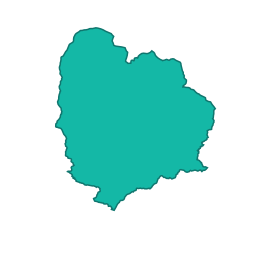 the district of San Jerónimo, Antioquia, Colombia, rotated 292°
{"feature_id": "7082276B34132684574045", "entity_name": "San Jerónimo", "entity_type": "district", "adm_level": 2, "iso_a3": "COL", "parent_name": "Colombia", "parent_adm1": "Antioquia", "projection": "mercator", "projection_center": [-75.715, 6.435], "detail": "fine", "context": "isolated", "style": "filled", "palette": "teal", "viewbox_px": 256, "rotation_deg": 292, "n_neighbors": 0, "source": "geoboundaries", "source_scale": "gbopen_adm2", "svg_char_len": 5791}
<svg xmlns="http://www.w3.org/2000/svg" viewBox="0 0 256 256"><g transform="rotate(292 128 128)"><path d="M46.5,146.0L50.1,146.5L53.1,146.7L54.5,147.1L55.8,147.8L57.3,147.9L58.0,148.2L58.7,149.7L59.2,150.3L60.0,150.9L61.1,151.1L62.3,150.9L63.1,151.0L63.8,151.3L65.2,151.6L65.9,152.0L66.8,152.9L67.9,154.2L70.2,155.5L70.6,155.9L70.6,156.8L72.3,157.4L72.8,158.4L73.1,158.7L73.8,158.8L75.0,158.5L75.5,158.8L75.8,160.4L76.9,162.0L77.0,163.5L78.0,165.2L77.9,166.2L78.6,168.1L80.1,170.2L79.8,170.9L80.0,171.3L81.8,172.1L83.5,172.4L85.5,173.1L86.4,173.7L87.1,174.6L87.7,175.0L88.4,175.1L91.0,174.9L92.3,174.9L93.0,175.5L95.0,175.8L96.1,176.5L96.5,177.6L95.6,179.7L96.1,180.7L96.0,181.2L95.8,181.8L95.8,183.1L96.2,183.6L96.3,184.5L96.5,184.9L97.4,185.1L97.7,185.4L97.2,187.8L99.7,190.4L101.4,190.4L102.8,190.1L103.0,190.2L104.1,191.2L105.3,190.9L105.9,191.2L106.2,191.5L107.3,191.8L108.2,191.6L108.9,192.1L109.3,192.8L109.3,193.9L109.6,194.6L109.7,195.9L109.0,197.4L109.0,198.7L109.3,199.6L110.5,201.1L111.1,201.2L112.1,201.8L112.1,202.1L111.9,202.5L111.9,202.9L113.2,204.8L113.6,205.2L114.0,205.8L114.2,206.7L114.2,208.7L114.7,209.4L115.5,209.9L115.9,210.6L116.2,211.2L116.1,211.6L115.6,212.1L115.3,212.8L116.9,213.5L117.4,214.7L117.7,215.1L119.1,215.9L120.9,216.5L121.0,214.7L120.9,214.0L120.4,213.3L120.4,211.9L121.3,211.2L122.0,210.3L123.3,209.2L123.1,208.8L123.8,208.1L123.9,207.4L124.5,206.5L124.6,204.4L124.9,204.2L124.7,203.8L125.4,203.7L125.5,203.9L127.1,203.2L128.3,203.3L129.2,202.8L130.3,202.5L131.3,203.0L131.7,202.6L132.1,202.7L132.8,202.4L132.9,202.2L132.7,201.9L132.8,201.5L133.7,201.7L133.8,201.6L134.2,201.7L134.0,201.3L134.4,201.5L135.3,201.6L136.0,202.4L136.3,202.6L137.5,202.3L137.9,202.1L138.1,202.4L138.7,202.8L138.5,203.3L139.0,203.4L139.6,204.1L140.7,204.4L140.7,203.3L141.0,202.4L141.7,202.4L142.3,201.8L142.8,202.4L143.6,202.9L144.4,203.7L144.9,203.8L146.2,205.0L147.1,205.4L147.9,205.0L148.7,205.3L149.3,205.8L149.6,205.4L150.5,204.7L151.2,203.8L153.7,203.5L155.1,202.5L156.5,203.6L157.2,204.4L157.5,205.4L158.1,206.0L159.3,205.6L159.8,205.6L160.4,205.3L162.5,205.7L163.9,205.3L165.6,205.5L165.9,205.2L166.8,205.1L167.2,204.9L167.8,204.0L168.4,203.0L169.1,203.3L172.2,202.4L173.1,202.3L176.3,201.0L177.6,201.2L178.6,201.7L179.8,199.9L181.4,197.0L183.1,194.8L183.1,194.6L182.7,192.4L182.9,190.3L183.0,189.9L183.6,189.3L185.0,188.5L185.2,187.6L185.5,182.7L186.1,181.1L186.0,179.4L186.7,177.2L187.9,174.8L187.9,173.8L187.5,172.0L187.6,171.5L188.2,170.5L188.2,170.2L188.2,169.0L187.3,166.3L187.1,164.4L186.6,163.6L187.3,163.4L187.9,163.4L190.1,164.7L191.1,165.0L193.4,164.6L194.4,164.1L195.1,162.0L195.7,161.2L196.0,160.9L197.4,160.7L198.0,160.1L198.7,159.0L200.3,158.4L201.4,157.0L206.2,153.6L207.5,152.9L208.2,152.2L208.5,151.8L208.7,146.9L209.2,144.9L209.0,143.7L207.9,141.9L206.4,141.0L206.1,140.7L206.1,138.2L205.7,137.6L204.7,136.6L203.4,134.7L203.6,134.2L203.6,132.3L204.1,129.7L204.8,127.8L205.6,126.2L207.3,124.6L208.0,123.2L208.1,122.1L208.5,121.2L206.4,120.3L204.7,118.8L204.0,117.6L203.6,116.0L203.1,114.2L202.1,112.7L200.1,111.4L198.5,110.7L196.5,110.7L196.4,109.5L195.3,108.0L194.5,107.9L192.8,108.4L192.5,108.1L192.5,106.6L191.9,105.8L191.0,105.8L189.1,106.3L187.9,103.7L188.3,102.8L188.8,100.9L190.2,100.4L191.9,100.4L194.8,100.1L198.1,99.3L198.8,97.6L201.3,95.2L200.8,91.9L199.3,85.8L199.3,83.9L201.3,82.3L202.7,80.7L205.0,80.4L207.6,80.4L208.2,78.8L209.2,77.1L209.3,71.2L209.7,68.1L209.7,65.7L209.3,62.5L208.8,60.6L206.8,57.7L206.6,57.0L205.9,55.5L205.4,54.8L204.7,54.3L203.3,52.3L202.5,50.6L201.3,49.0L200.5,47.3L199.0,46.6L196.3,44.6L195.1,44.1L191.9,43.8L190.1,44.2L188.3,44.9L187.5,44.9L186.4,44.4L183.9,42.5L183.2,42.3L177.4,42.3L175.4,41.6L171.3,41.1L170.4,40.9L168.9,39.6L168.4,39.5L167.9,39.6L166.2,40.3L164.4,40.7L163.1,40.8L161.3,41.4L158.7,41.6L156.9,42.5L155.3,44.0L152.7,44.7L151.9,46.1L150.2,48.1L149.9,48.1L148.7,48.0L148.3,48.4L147.4,48.4L145.8,48.0L143.4,48.9L141.7,48.7L140.7,48.7L139.2,49.5L137.1,51.6L136.8,51.6L136.2,51.3L135.5,51.6L133.1,51.7L130.7,52.2L128.9,52.9L125.8,52.9L123.7,54.4L122.4,56.5L121.3,58.6L119.6,59.4L118.4,60.6L117.3,60.6L116.2,61.1L115.9,61.0L115.6,60.6L115.3,60.6L113.6,60.8L112.7,61.2L110.1,60.7L108.6,60.1L108.1,59.8L106.9,59.9L106.5,60.2L106.1,60.2L105.1,59.6L103.6,59.9L103.0,60.2L102.5,60.3L102.1,60.6L101.9,61.2L102.3,62.4L102.1,63.2L102.4,64.4L102.4,66.2L101.8,66.9L101.6,67.4L98.2,70.8L96.8,73.5L95.2,75.0L92.6,75.0L91.8,75.6L91.4,75.8L89.8,75.6L88.7,76.5L87.8,77.0L87.5,78.2L86.8,78.9L85.9,79.0L85.0,78.9L84.0,79.2L82.7,79.0L80.5,80.0L79.4,80.2L78.8,80.8L78.8,82.7L78.4,83.2L77.8,83.4L77.6,83.9L78.1,86.5L77.9,87.1L77.2,87.6L76.0,87.6L75.5,88.0L75.0,90.1L73.9,90.8L73.5,91.3L73.3,91.9L72.4,91.5L71.3,90.4L70.3,90.1L69.9,90.2L68.7,91.3L67.8,91.6L66.8,91.3L66.3,90.8L65.5,88.6L64.9,88.3L64.9,90.1L64.3,91.6L64.5,92.2L64.1,93.1L63.6,93.9L63.4,94.1L63.1,94.2L62.5,94.0L62.2,94.1L61.9,96.0L61.7,96.0L61.3,95.7L60.9,95.9L60.9,96.2L61.5,97.3L61.5,97.5L61.2,97.6L60.9,97.3L60.7,97.4L60.6,98.1L60.4,98.7L60.0,99.3L59.8,99.8L59.2,99.9L59.4,102.9L59.4,103.5L59.2,104.0L59.6,104.7L59.4,105.3L59.8,106.9L59.7,107.2L59.7,107.8L59.2,108.7L59.1,109.3L59.4,110.8L60.0,111.5L60.9,116.3L61.1,117.1L61.4,117.4L61.5,118.2L61.5,120.3L61.2,120.8L61.7,121.1L61.9,121.5L62.1,122.2L62.0,122.9L61.3,124.8L60.5,124.9L59.3,125.8L59.0,125.8L58.6,125.8L57.4,124.5L56.9,124.4L55.0,124.5L54.7,124.3L52.5,124.5L51.7,124.4L50.9,123.9L50.7,123.4L50.1,123.0L49.9,122.6L49.6,122.5L47.8,124.4L47.7,124.7L47.9,125.2L48.0,126.0L48.2,126.9L48.1,128.7L48.4,129.2L48.4,130.3L48.8,131.0L48.7,131.6L49.1,133.4L48.6,134.1L49.0,135.4L49.7,136.5L49.7,137.7L49.5,138.2L48.3,139.0L48.1,139.2L49.0,141.0L48.5,142.0L47.6,143.2L47.4,143.2L46.7,142.7L47.3,143.4L47.3,143.7L46.3,143.3L46.5,146.0Z" fill="#14b8a6" stroke="#0f766e" stroke-width="1.5"/></g></svg>